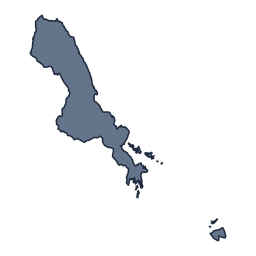 outline of Morowali, Sulawesi Tengah, Indonesia
{"feature_id": "22746128B26432903559283", "entity_name": "Morowali", "entity_type": "district", "adm_level": 2, "iso_a3": "IDN", "parent_name": "Indonesia", "parent_adm1": "Sulawesi Tengah", "projection": "equal_earth", "projection_center": [122.297, -2.895], "detail": "fine", "context": "isolated", "style": "filled", "palette": "slate", "viewbox_px": 256, "rotation_deg": 0, "n_neighbors": 0, "source": "geoboundaries", "source_scale": "gbopen_adm2", "svg_char_len": 5861}
<svg xmlns="http://www.w3.org/2000/svg" viewBox="0 0 256 256"><path d="M101.4,137.0L102.9,139.3L102.4,140.6L102.6,141.8L104.5,145.3L107.9,147.3L111.4,147.8L113.4,148.8L113.4,151.0L112.5,156.6L116.3,160.8L118.2,164.3L119.3,165.2L121.7,164.3L123.1,165.8L125.2,165.3L125.7,165.6L126.5,167.4L128.5,168.8L128.1,173.2L126.4,177.2L127.1,179.8L126.4,182.5L127.9,184.9L128.5,185.0L128.7,184.2L129.7,179.2L130.5,179.6L131.6,178.8L131.8,179.6L132.2,179.7L133.3,178.6L134.0,178.9L133.8,178.5L134.5,178.0L134.8,178.5L134.0,179.5L134.7,179.9L133.8,180.8L134.0,181.4L133.2,181.7L133.5,182.5L134.2,182.7L134.4,181.4L135.0,181.0L135.3,181.3L134.9,182.2L135.1,181.7L135.2,182.4L135.6,182.1L135.5,182.7L136.3,182.5L136.2,183.0L137.5,181.5L137.5,181.9L137.8,181.6L137.8,180.6L138.2,180.1L139.0,181.2L139.0,183.2L139.8,182.6L140.2,183.1L139.9,183.5L140.5,183.4L140.6,184.3L140.3,183.8L140.3,184.4L140.7,185.1L140.7,185.9L140.9,185.6L141.2,186.1L141.1,185.7L141.9,185.0L141.5,183.7L141.8,182.8L141.3,182.5L141.3,181.8L140.6,181.0L141.0,180.7L141.0,181.2L141.6,181.3L141.4,180.9L141.9,180.3L141.5,179.9L141.5,179.4L140.7,174.9L141.4,174.1L141.3,173.0L142.2,172.3L145.9,172.4L147.3,171.5L147.7,170.7L145.4,168.0L145.3,166.5L144.1,166.7L144.6,167.2L144.8,168.5L143.2,168.4L143.0,165.4L141.8,165.2L141.3,164.6L141.1,163.1L138.9,163.6L137.5,164.6L137.6,165.0L136.5,165.1L135.9,165.8L134.9,165.3L133.5,163.4L132.4,159.6L131.0,157.8L130.9,156.9L128.3,154.9L127.5,153.1L125.5,151.7L124.1,151.4L123.2,150.0L122.3,149.4L121.4,145.9L120.9,146.0L120.7,145.9L122.6,145.1L123.0,144.1L124.3,144.1L124.7,142.3L127.6,137.5L127.8,135.8L129.0,133.0L129.2,132.0L128.5,130.4L126.0,127.6L124.5,126.8L122.9,127.3L121.9,126.9L121.6,127.5L121.7,125.8L121.3,125.4L120.1,126.3L120.2,126.8L118.6,126.9L117.5,128.8L116.6,128.9L116.2,126.2L114.7,125.5L114.0,124.3L114.1,122.5L114.9,120.5L114.0,117.3L113.2,116.5L112.6,117.1L111.7,116.7L110.1,113.2L108.9,112.1L102.9,112.0L101.0,108.5L100.4,108.0L100.0,106.1L96.5,102.4L94.4,101.4L94.0,97.9L94.4,94.7L95.5,94.0L96.9,94.7L97.4,93.9L97.2,92.2L96.0,90.4L95.2,90.6L94.4,88.1L93.4,87.7L93.4,87.3L93.9,86.7L93.0,85.8L92.1,83.7L91.8,80.1L90.7,76.2L90.0,74.9L89.7,72.7L88.5,70.9L87.5,67.8L86.9,67.4L86.6,65.3L86.0,64.9L85.2,62.9L84.2,62.0L83.4,60.6L83.3,59.2L82.7,57.9L81.6,57.0L80.8,55.3L79.2,53.8L79.4,52.3L78.8,52.0L78.5,50.0L77.2,47.7L77.0,46.6L75.4,45.1L74.7,41.1L73.6,37.3L70.3,36.5L68.4,33.9L67.7,31.5L66.0,30.6L65.8,29.2L64.8,28.6L64.2,26.6L63.0,25.5L62.3,22.9L61.0,22.3L60.2,21.4L59.3,21.9L58.5,21.6L57.3,19.1L56.9,19.0L57.4,20.1L55.4,20.9L55.8,21.8L55.1,20.5L53.5,21.4L51.9,20.6L50.6,20.6L50.0,21.1L46.0,19.3L45.3,19.7L45.1,19.0L44.1,19.1L43.0,18.1L42.2,15.4L40.5,16.3L37.9,18.9L37.3,20.3L36.4,20.6L35.6,21.8L35.7,26.7L36.4,31.0L34.8,32.6L34.8,34.3L34.2,35.6L34.1,36.8L33.5,36.9L33.0,38.6L32.7,38.7L32.9,39.5L33.6,39.7L33.5,40.5L32.7,41.7L32.9,43.2L32.4,45.0L32.7,45.2L32.4,47.2L32.0,48.9L31.4,49.6L31.2,52.0L30.3,52.4L30.2,52.8L30.7,53.0L30.7,54.2L32.8,56.3L36.1,57.9L37.4,61.3L38.0,61.2L39.0,62.4L40.3,62.7L40.7,63.5L42.3,64.2L43.9,67.1L46.8,67.2L49.7,66.2L51.4,66.9L52.5,68.7L54.4,74.4L55.9,74.0L57.8,74.9L58.5,73.4L59.5,73.4L64.0,82.4L68.6,88.2L68.4,90.3L69.8,92.5L69.7,93.7L68.4,96.5L66.8,98.1L66.1,99.4L65.7,103.9L64.5,106.1L64.3,107.1L62.1,109.0L62.3,115.0L61.0,116.5L59.5,115.9L58.2,116.8L56.3,120.2L56.6,124.2L58.7,126.2L58.0,129.0L59.0,129.2L60.0,130.6L60.9,130.9L61.2,131.9L63.1,131.2L64.0,131.7L64.3,132.5L65.9,132.6L67.1,133.9L67.6,135.3L68.4,135.7L69.9,135.5L73.0,137.8L73.7,139.2L74.6,139.7L77.3,138.5L84.4,142.4L86.5,140.8L89.2,140.2L94.0,137.5L97.6,137.8L100.1,136.2L101.4,137.0ZM223.0,228.0L222.0,227.9L219.7,229.5L213.8,230.8L212.6,232.3L210.2,233.6L213.6,238.2L217.3,240.4L218.5,240.6L218.8,239.5L218.7,236.8L219.1,236.2L224.2,237.9L225.2,237.7L225.8,236.6L224.8,232.1L223.0,228.0ZM139.5,146.5L138.8,146.5L138.0,147.3L136.8,149.6L137.3,150.6L138.2,150.7L137.9,151.2L137.9,152.0L139.4,153.3L140.5,153.0L141.1,151.9L139.4,149.4L139.6,148.4L138.3,147.9L138.6,146.8L139.5,146.5ZM149.2,153.8L147.8,152.9L147.6,153.5L148.1,154.2L148.0,155.3L147.6,155.3L147.3,156.1L148.8,157.1L151.1,157.5L151.5,157.2L150.9,153.6L150.0,153.0L149.2,153.8ZM131.4,145.0L129.1,143.4L129.2,143.9L128.7,144.0L129.6,145.0L129.6,145.6L130.0,145.5L129.8,146.0L130.9,146.9L132.8,147.5L132.8,147.1L132.0,146.4L133.7,146.1L133.0,145.0L131.4,145.0ZM217.2,219.6L217.5,218.6L216.0,220.2L213.2,221.8L211.7,221.4L212.3,222.8L211.7,223.1L212.6,223.7L214.0,223.1L217.2,219.6ZM136.4,148.5L134.4,148.6L133.4,149.3L133.4,149.9L135.0,150.7L135.4,150.2L136.4,150.6L136.6,148.8L136.4,148.5ZM145.9,152.8L144.9,153.2L145.8,154.9L147.2,155.8L147.6,154.9L146.8,153.3L145.9,152.8ZM142.8,186.3L142.2,184.8L141.5,186.8L140.9,186.4L141.4,187.4L141.2,187.8L141.6,188.0L142.0,186.7L141.9,187.2L142.2,187.4L142.8,186.3ZM138.3,191.0L137.7,191.4L138.0,192.5L137.3,193.7L137.4,194.0L137.7,194.2L137.5,193.6L137.9,193.2L138.3,194.1L138.8,193.7L138.8,192.9L138.3,193.4L138.5,192.3L138.9,192.3L138.7,191.9L138.5,192.1L138.3,191.0ZM137.2,185.8L136.2,186.8L136.5,188.4L137.2,187.5L137.2,186.4L137.5,186.6L137.2,185.8ZM137.8,196.1L137.1,195.8L137.3,196.8L136.9,197.1L137.8,197.5L137.8,196.1ZM153.5,156.1L152.7,156.1L152.4,157.1L153.4,157.2L153.1,156.4L153.5,156.1ZM136.6,153.0L136.8,151.7L135.8,152.3L136.3,152.9L136.6,153.0ZM152.3,157.8L151.6,158.0L151.9,158.9L152.6,158.3L152.3,157.8ZM162.1,163.6L162.0,162.7L161.9,162.6L161.3,163.6L162.1,163.6ZM210.5,226.8L210.1,226.5L209.0,226.3L210.2,227.0L210.5,226.8ZM158.4,161.3L157.2,161.3L157.5,161.7L158.4,161.3ZM154.1,157.9L153.2,158.0L152.8,158.4L153.1,158.5L154.1,157.9ZM151.4,152.5L151.0,152.9L151.9,153.0L151.8,152.8L151.4,152.5ZM133.3,148.0L132.8,148.1L132.8,148.6L133.3,148.6L133.3,148.0ZM136.4,189.3L136.2,188.3L135.7,189.5L136.4,189.3ZM112.3,115.9L111.7,116.0L111.9,116.7L112.3,116.6L112.3,115.9Z" fill="#64748b" stroke="#1e293b" stroke-width="1.5"/></svg>